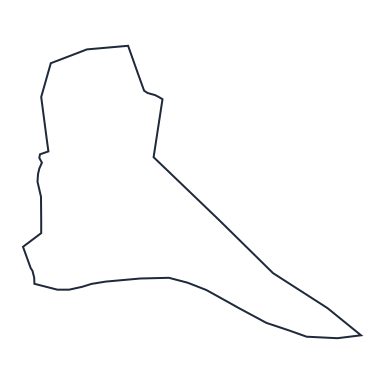 the district of Matadi, Bas-Congo, Democratic Republic of the Congo
{"feature_id": "63176286B7026545207042", "entity_name": "Matadi", "entity_type": "district", "adm_level": 2, "iso_a3": "COD", "parent_name": "Democratic Republic of the Congo", "parent_adm1": "Bas-Congo", "projection": "albers", "projection_center": [13.467, -5.842], "detail": "fine", "context": "isolated", "style": "outline", "palette": "slate", "viewbox_px": 384, "rotation_deg": 0, "n_neighbors": 0, "source": "geoboundaries", "source_scale": "gbopen_adm2", "svg_char_len": 737}
<svg xmlns="http://www.w3.org/2000/svg" viewBox="0 0 384 384"><path d="M162.5,99.2L159.3,97.3L155.1,95.1L147.6,93.0L144.1,90.7L137.9,73.5L128.1,45.8L98.4,48.4L86.9,49.4L50.8,63.2L41.2,97.0L46.9,140.4L48.4,151.4L47.3,151.8L40.0,154.3L39.3,157.9L41.9,162.7L39.3,168.6L38.0,174.2L37.5,181.7L41.0,196.8L41.2,220.7L41.2,226.3L41.2,233.1L23.0,246.8L30.7,268.1L32.5,270.9L34.2,277.7L34.4,283.8L57.5,289.7L69.0,289.7L82.2,286.8L91.5,283.9L105.7,281.6L140.3,278.5L168.9,277.8L177.3,280.0L187.6,282.7L193.8,285.1L206.3,290.0L221.3,298.3L239.4,308.4L250.4,314.3L266.4,322.9L286.2,329.5L287.2,329.8L306.6,336.7L337.4,338.2L361.0,335.3L327.6,308.2L273.0,273.1L218.3,219.3L153.6,157.2L162.5,99.2Z" fill="none" stroke="#1e293b" stroke-width="2"/></svg>